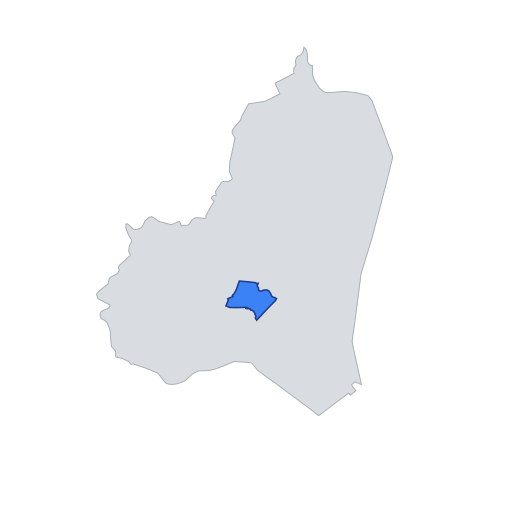 location of Heet, Al-Anbar, Iraq, rotated 246°
{"feature_id": "34846034B36962706181157", "entity_name": "Heet", "entity_type": "district", "adm_level": 2, "iso_a3": "IRQ", "parent_name": "Iraq", "parent_adm1": "Al-Anbar", "projection": "albers", "projection_center": [42.654, 33.814], "detail": "fine", "context": "in_parent", "style": "filled", "palette": "blue", "viewbox_px": 512, "rotation_deg": 246, "n_neighbors": 0, "source": "geoboundaries", "source_scale": "gbopen_adm2", "svg_char_len": 4879}
<svg xmlns="http://www.w3.org/2000/svg" viewBox="0 0 512 512"><g transform="rotate(246 256 256)"><path d="M207.9,97.7L211.1,96.9L217.0,92.0L220.4,87.3L221.5,86.9L224.6,88.4L226.8,88.9L231.9,87.1L234.9,88.0L237.5,89.1L238.9,89.2L245.8,92.0L247.5,92.4L251.0,92.7L256.3,92.8L259.6,90.9L262.0,89.0L263.7,89.1L265.3,89.5L266.7,90.2L267.9,91.6L268.5,93.5L268.3,99.7L268.9,101.3L269.8,102.4L271.0,102.6L272.4,101.3L274.9,99.3L277.9,97.1L280.2,95.1L281.5,94.4L283.6,94.4L285.6,94.7L286.7,95.6L286.7,95.9L287.9,98.8L290.8,109.6L292.4,110.9L294.2,112.0L295.5,113.6L296.0,115.2L295.9,117.8L296.0,120.7L296.8,122.9L297.9,124.6L298.8,125.4L300.2,125.4L301.9,125.8L303.1,127.5L307.1,139.7L307.5,141.3L309.0,141.8L311.5,141.5L314.2,142.7L317.0,144.6L319.7,148.3L321.5,148.9L327.0,148.1L334.5,148.5L338.1,150.3L337.8,151.5L335.1,153.0L330.4,154.7L329.0,157.4L328.4,160.9L328.6,162.8L329.8,164.9L333.3,169.0L333.6,170.5L334.3,172.6L334.9,174.1L334.3,176.9L331.3,179.0L327.3,181.2L319.4,190.9L318.9,193.0L319.1,198.6L318.3,200.2L315.8,200.2L313.7,200.0L313.7,201.9L312.4,204.6L311.8,206.9L314.9,212.1L315.6,215.0L315.2,217.5L312.5,222.1L310.9,225.1L311.3,225.8L313.5,226.9L320.6,236.5L322.9,239.9L325.8,238.9L326.9,238.9L327.8,239.5L328.3,240.6L328.4,242.1L327.7,244.3L331.4,245.1L332.8,247.3L337.4,254.7L337.3,257.0L335.3,260.7L335.4,263.1L335.9,265.2L336.6,265.9L343.0,266.0L345.8,266.8L352.5,270.4L360.3,276.1L366.7,280.8L372.2,284.7L377.8,284.2L379.4,284.8L380.9,286.1L382.7,289.4L386.3,297.0L389.2,299.5L393.8,305.5L398.1,311.1L395.8,319.1L393.6,327.5L394.1,338.1L394.4,343.8L399.9,343.7L406.1,343.7L406.5,350.5L406.9,357.3L407.4,365.1L409.2,365.4L412.1,366.9L413.5,369.4L415.1,370.6L417.0,370.8L418.9,371.9L420.9,374.1L421.7,375.7L421.2,376.9L421.7,379.0L423.2,381.8L424.8,383.1L427.3,384.7L424.1,385.8L420.5,385.3L412.8,382.3L410.3,382.3L407.2,383.8L407.1,385.0L398.9,381.5L396.0,380.9L395.0,380.9L390.4,381.1L383.9,382.1L380.1,383.8L377.5,385.6L376.4,387.3L376.0,388.2L374.1,393.1L372.0,399.3L369.7,404.9L365.1,412.9L362.5,416.6L357.0,423.5L350.7,425.1L336.1,424.2L319.8,423.3L303.7,422.2L291.7,421.4L290.7,421.1L278.7,411.8L269.3,404.4L257.5,395.1L245.6,385.6L233.5,375.9L224.8,368.9L214.3,359.8L204.7,351.4L197.2,344.8L187.6,339.0L180.1,334.5L169.2,327.8L160.5,322.5L153.1,317.9L141.8,310.8L138.0,308.8L126.2,306.2L115.0,304.0L103.4,301.6L95.7,300.0L100.9,295.3L99.5,290.9L95.8,291.5L92.3,292.5L90.5,285.6L93.1,284.8L91.0,275.8L88.9,266.5L86.8,257.6L84.7,248.4L94.6,243.0L101.9,238.9L112.2,233.1L122.1,227.5L131.5,222.2L141.8,216.2L151.0,210.9L159.4,208.8L161.2,207.1L165.1,199.7L168.4,193.3L168.6,191.8L168.7,182.7L169.4,172.0L170.6,166.3L172.5,161.3L174.2,157.6L174.4,154.2L174.3,150.7L172.6,145.4L170.8,139.8L171.1,134.5L171.5,131.7L172.7,127.1L174.7,123.8L176.7,121.8L184.5,119.8L189.0,118.6L195.2,112.7L198.8,109.2L203.9,103.7L207.6,99.7L207.9,98.3L207.9,97.7Z" fill="#d9dde1" stroke="#a8b0b8" stroke-width="1"/><path d="M239.9,230.6L239.0,229.7L238.0,228.7L236.4,227.2L235.0,226.0L234.8,225.7L234.4,225.5L234.1,225.1L233.8,224.9L233.4,224.3L232.8,223.6L231.3,221.8L230.8,221.1L230.6,220.9L230.4,220.6L230.3,220.1L230.1,219.5L229.7,218.4L228.3,218.5L228.3,217.6L228.4,216.9L228.4,216.1L228.5,215.4L228.5,214.9L228.4,212.7L227.0,212.7L226.8,212.5L225.5,211.2L224.5,210.1L222.6,208.2L221.7,209.2L220.9,209.9L220.5,210.3L219.9,210.8L219.4,211.4L219.1,212.4L218.4,213.6L217.8,215.1L217.3,216.1L216.8,217.3L216.3,218.3L215.7,219.8L215.1,221.3L214.6,222.5L214.1,223.6L213.6,225.1L213.4,225.6L213.1,226.1L212.8,225.5L212.5,225.4L212.5,225.9L212.7,226.5L212.2,226.7L211.4,226.5L211.5,227.7L210.3,228.2L210.1,229.2L208.5,229.3L208.1,230.3L207.4,230.7L206.4,231.3L205.3,231.4L204.4,231.5L203.6,231.4L203.0,231.3L202.0,231.4L200.8,231.5L200.3,230.7L199.9,230.2L199.0,230.2L198.4,230.2L197.8,230.7L197.1,230.6L197.6,231.8L198.1,233.0L198.5,234.1L199.1,235.2L199.3,235.9L199.6,236.7L200.1,237.6L200.5,238.7L201.1,239.9L201.4,240.9L201.9,241.9L202.3,242.8L202.7,243.7L203.0,244.6L203.5,245.6L203.6,245.8L204.0,247.0L204.4,248.0L204.8,248.9L205.2,250.0L205.5,250.9L205.8,251.8L206.2,252.6L206.5,253.4L206.7,254.1L207.1,254.9L207.4,255.6L207.9,256.4L208.3,257.1L208.8,257.4L209.3,257.0L209.8,256.7L210.4,256.2L211.0,255.5L211.4,255.0L212.0,254.3L212.5,254.2L213.2,254.1L214.1,254.1L215.1,254.1L216.3,254.0L217.1,253.9L218.1,253.7L218.8,253.6L219.3,253.4L219.8,252.9L220.2,252.5L220.5,252.2L220.9,251.3L221.2,250.5L221.6,249.6L221.9,248.7L221.8,248.1L221.6,247.5L221.8,246.8L222.0,246.2L222.3,245.5L222.8,245.1L223.5,244.4L224.2,244.7L225.0,245.0L225.7,245.2L226.5,245.1L227.2,245.1L227.9,245.1L228.7,245.1L229.1,245.3L229.3,245.6L229.5,246.3L229.8,246.6L230.2,246.9L230.3,246.2L230.3,245.6L230.6,245.4L231.3,245.1L231.8,244.8L232.1,244.3L232.4,243.8L232.9,242.9L233.5,241.9L234.3,240.6L235.1,239.2L235.8,238.1L236.5,236.8L239.9,230.6Z" fill="#3b82f6" stroke="#1e3a8a" stroke-width="1.5"/></g></svg>